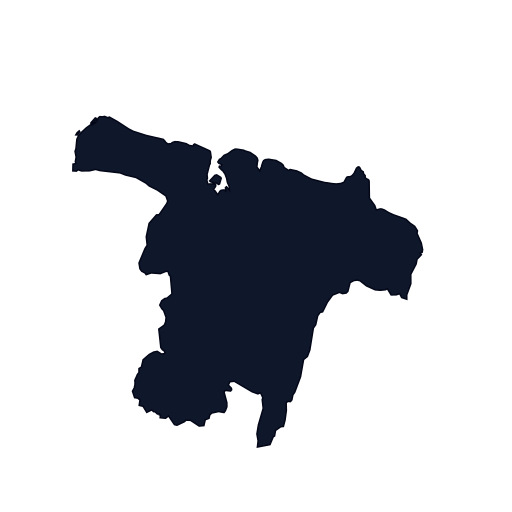 Boffa, Boffa, Guinea, rotated 161°
{"feature_id": "49546643B38864499602181", "entity_name": "Boffa", "entity_type": "district", "adm_level": 2, "iso_a3": "GIN", "parent_name": "Guinea", "parent_adm1": "Boffa", "projection": "mercator", "projection_center": [-14.02, 10.351], "detail": "fine", "context": "isolated", "style": "filled", "palette": "ink", "viewbox_px": 512, "rotation_deg": 161, "n_neighbors": 0, "source": "geoboundaries", "source_scale": "gbopen_adm2", "svg_char_len": 4554}
<svg xmlns="http://www.w3.org/2000/svg" viewBox="0 0 512 512"><g transform="rotate(161 256 256)"><path d="M316.9,74.9L304.2,73.1L298.5,79.5L297.1,79.7L294.3,84.7L288.2,86.5L285.6,85.9L282.0,91.3L277.6,100.0L275.2,107.5L273.2,108.1L270.8,107.1L268.9,108.3L266.4,112.6L263.7,114.6L253.2,127.3L244.7,142.6L240.1,144.3L235.7,149.6L225.2,169.2L221.9,171.6L217.1,179.4L213.7,181.8L211.2,181.5L203.5,189.1L196.3,194.1L190.0,194.4L189.2,194.5L188.4,194.0L186.4,192.2L182.8,191.6L180.7,192.6L175.7,200.2L171.5,200.9L168.0,200.2L165.7,198.7L161.3,191.8L154.3,185.2L149.6,183.1L144.4,181.9L142.5,182.4L140.9,175.2L135.9,173.6L132.4,173.6L131.8,169.3L127.5,166.0L126.1,170.2L118.6,179.4L115.6,188.3L107.5,196.0L107.1,196.4L107.0,196.6L104.8,200.5L99.2,203.4L99.7,204.8L99.7,205.0L99.8,205.2L99.8,205.4L97.7,205.4L96.4,207.7L95.5,214.4L96.4,224.9L95.1,227.3L96.3,232.4L99.6,236.9L102.3,242.0L112.6,250.2L116.4,253.8L119.7,257.8L121.8,259.5L123.2,260.1L127.3,260.4L127.3,265.1L129.9,273.9L124.6,290.1L124.8,291.5L126.6,293.3L127.2,294.6L126.6,296.5L127.5,298.7L127.2,300.7L128.5,302.4L128.7,302.7L129.1,305.7L129.7,306.8L130.5,307.0L132.3,306.4L136.4,302.2L139.0,300.7L141.1,300.3L143.2,301.0L144.7,300.9L148.8,297.1L152.3,297.0L156.7,298.0L160.5,299.7L164.6,301.9L167.1,303.1L178.3,310.5L180.0,312.2L184.6,317.1L186.1,319.7L189.8,323.2L195.6,326.7L197.3,326.3L200.2,330.0L200.6,330.4L200.7,333.0L201.8,335.2L205.9,339.8L212.6,343.4L215.9,344.1L217.7,343.7L218.9,342.6L221.3,339.5L221.2,338.8L222.1,338.3L224.7,335.2L226.2,339.9L224.4,343.7L223.1,345.9L223.0,348.2L224.0,350.7L227.9,355.9L231.8,358.7L233.3,360.1L237.8,362.5L239.6,363.4L241.0,363.9L244.2,363.5L249.2,361.9L253.4,361.6L257.2,359.6L259.1,359.3L261.5,357.3L260.9,355.7L258.6,353.6L259.4,352.2L261.3,352.9L262.0,352.0L260.6,348.8L259.6,347.2L258.6,343.5L258.5,339.2L259.1,334.9L258.7,330.5L259.7,326.7L261.3,331.1L262.6,330.7L263.4,327.2L264.7,328.9L267.6,329.5L269.2,328.9L272.2,326.3L272.8,328.5L273.6,331.1L274.4,331.9L274.0,333.2L272.9,333.9L271.4,335.1L270.9,336.4L271.8,337.6L276.6,339.3L278.1,339.5L277.9,342.3L277.8,343.8L276.6,345.3L275.7,349.1L270.3,357.3L269.3,358.1L268.6,360.1L267.8,361.7L266.3,363.7L265.2,369.3L265.5,370.5L276.2,380.6L277.5,381.9L278.8,381.6L279.3,380.6L279.4,380.4L279.9,380.6L283.0,382.2L285.5,385.0L292.5,389.4L295.8,390.6L298.3,390.5L299.9,389.9L302.9,390.7L304.9,393.7L304.6,394.0L305.7,396.5L320.5,405.7L331.5,413.9L335.0,417.6L338.2,421.7L343.5,428.5L349.4,435.1L351.2,435.1L353.7,437.3L355.9,437.6L358.2,438.6L359.9,438.1L362.4,435.4L362.9,434.8L367.5,433.4L370.2,433.8L375.0,432.3L381.7,429.3L384.9,427.3L387.4,424.7L391.2,416.3L392.4,414.6L392.5,414.6L393.0,413.9L393.1,413.3L393.9,408.0L396.1,404.1L396.2,402.0L397.3,402.2L399.1,402.5L401.5,396.1L398.1,394.7L396.1,395.5L396.0,395.3L393.4,393.3L385.9,390.8L383.5,390.5L379.5,390.1L375.8,387.6L357.4,378.8L353.1,375.1L343.9,369.3L336.3,360.7L334.2,357.0L327.8,350.5L323.2,344.2L321.6,342.1L321.6,336.6L323.5,334.5L334.2,326.6L336.7,327.3L346.4,321.7L353.5,309.9L355.4,301.6L358.4,299.3L368.9,287.5L369.9,281.8L369.9,281.7L369.1,278.9L366.5,276.1L365.9,274.1L360.6,274.1L352.3,270.5L346.3,270.8L344.2,270.1L344.3,266.3L343.5,264.7L347.8,247.5L353.9,245.1L356.1,245.5L359.7,244.4L363.0,240.9L362.2,236.8L361.1,234.5L361.0,227.2L363.0,223.0L365.3,220.5L371.7,218.6L375.8,200.5L375.0,197.8L373.8,196.3L373.4,194.5L374.2,193.6L377.2,194.0L380.4,198.0L384.0,198.5L388.9,197.7L396.5,194.7L400.5,188.3L403.3,187.7L404.7,183.6L405.4,183.5L406.9,182.4L408.5,180.6L409.9,179.2L411.1,177.8L411.5,176.0L412.3,173.9L412.7,173.1L413.5,171.9L413.7,171.3L413.7,171.2L416.8,168.4L416.9,161.6L414.1,160.1L412.6,157.6L415.1,152.8L411.7,150.6L410.2,143.7L404.7,144.4L403.5,142.1L402.1,141.5L400.7,138.7L399.1,138.4L399.3,137.4L398.2,136.7L399.3,134.3L394.3,132.0L390.8,133.3L388.0,123.1L385.8,121.7L377.8,122.6L375.5,123.5L371.4,121.9L365.1,113.7L360.5,112.6L357.3,117.7L353.3,117.8L351.5,120.7L349.0,121.9L342.0,121.1L337.2,118.4L335.4,119.6L332.6,122.9L331.3,126.8L330.5,137.8L328.7,138.9L324.0,136.6L322.6,137.4L322.3,139.0L324.2,143.0L321.6,145.6L317.3,144.6L303.9,128.9L299.1,125.0L296.2,125.2L295.7,119.7L296.9,118.2L298.8,109.6L308.8,95.4L313.1,87.4L314.2,80.5L316.9,74.9ZM275.4,342.1L274.7,340.9L272.1,339.0L269.6,337.8L268.1,335.8L267.0,336.0L263.6,340.8L263.7,341.8L266.7,345.5L268.6,345.7L275.4,342.1ZM368.7,435.7L369.2,434.3L364.6,435.7L362.7,437.0L362.1,438.0L363.0,438.9L368.7,435.7ZM384.9,430.9L386.9,429.2L385.6,428.7L382.2,430.9L382.4,431.9L384.9,430.9Z" fill="#0f172a" stroke="#020617" stroke-width="1.5"/></g></svg>